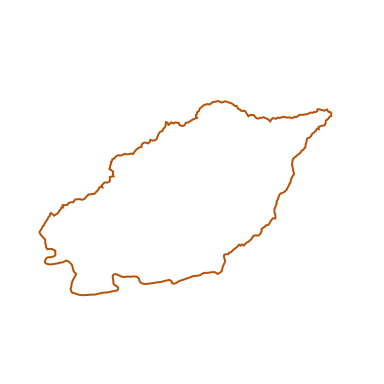 outline of Tapira, Minas Gerais, Brazil, rotated 138°
{"feature_id": "56859067B4018711092229", "entity_name": "Tapira", "entity_type": "district", "adm_level": 2, "iso_a3": "BRA", "parent_name": "Brazil", "parent_adm1": "Minas Gerais", "projection": "mercator", "projection_center": [-46.869, -19.913], "detail": "fine", "context": "isolated", "style": "outline", "palette": "amber", "viewbox_px": 384, "rotation_deg": 138, "n_neighbors": 0, "source": "geoboundaries", "source_scale": "gbopen_adm2", "svg_char_len": 5327}
<svg xmlns="http://www.w3.org/2000/svg" viewBox="0 0 384 384"><g transform="rotate(138 192 192)"><path d="M96.3,148.1L93.6,149.2L91.3,148.8L89.2,149.0L86.6,148.6L84.4,148.8L82.9,149.4L81.4,148.9L79.6,149.2L77.6,149.5L75.8,151.2L73.8,152.3L72.4,153.5L70.7,154.7L68.6,153.9L66.3,153.8L64.2,154.7L61.2,154.6L59.0,154.7L57.2,155.3L55.7,153.8L54.7,155.6L53.0,155.1L50.9,154.2L48.9,152.8L46.5,153.9L44.7,155.6L42.9,155.2L41.0,155.4L39.6,155.9L37.8,155.3L36.2,156.8L35.5,158.4L37.0,160.3L36.4,162.9L39.1,163.7L40.5,165.8L41.9,168.0L43.2,169.5L44.6,168.4L46.6,168.6L48.0,169.9L49.6,170.2L50.9,171.9L53.6,172.4L55.6,173.7L57.8,175.0L59.3,176.4L60.5,177.5L62.6,177.6L64.6,178.0L65.4,179.3L67.1,179.5L68.8,180.4L69.6,182.3L71.1,183.3L72.5,184.9L73.6,186.6L75.7,187.7L77.4,188.4L78.5,190.0L80.8,190.3L82.3,192.8L84.4,192.8L86.6,192.1L86.8,194.9L87.7,197.3L88.8,199.8L90.5,200.4L91.7,201.6L93.5,202.1L94.7,203.5L94.7,205.8L94.6,207.8L95.9,209.1L97.5,210.4L99.4,210.5L99.0,213.1L98.5,215.5L98.5,217.3L100.1,218.2L101.2,219.6L101.1,221.2L102.0,222.6L101.7,224.4L101.3,226.0L102.7,227.6L102.8,229.4L103.4,231.8L104.7,233.7L105.7,235.7L106.7,237.3L108.6,237.9L110.2,238.7L110.9,240.5L111.8,242.2L114.2,243.4L116.2,244.9L118.2,245.0L120.4,245.3L121.7,247.1L123.3,247.8L125.4,248.7L127.8,248.7L130.1,248.9L132.9,247.5L134.8,247.9L135.9,246.7L137.5,246.7L138.6,245.4L138.5,243.8L140.0,244.2L142.1,245.2L145.1,245.7L148.2,246.2L150.3,247.5L152.1,246.9L153.8,246.7L155.2,247.8L156.6,250.1L155.6,252.1L156.6,253.3L157.9,254.9L160.1,255.5L160.8,257.6L163.0,257.4L164.6,257.7L163.7,259.8L164.6,261.3L165.9,260.2L167.2,259.1L168.9,258.2L170.8,258.2L173.2,257.1L175.1,258.0L177.2,257.8L179.1,256.9L180.8,256.1L182.5,255.1L184.7,255.1L186.6,256.2L188.0,258.6L189.9,257.5L192.2,257.5L193.2,259.6L194.8,260.9L197.5,261.0L199.5,259.2L201.5,260.4L204.7,260.7L206.8,260.6L208.7,260.1L210.5,259.6L211.4,261.3L213.3,262.2L215.4,263.7L216.8,265.6L219.2,266.1L221.1,267.2L221.9,268.5L224.0,269.2L225.9,269.3L227.6,268.9L229.2,269.7L230.5,268.6L232.2,268.6L232.9,267.2L235.0,266.5L236.4,265.1L238.0,264.4L237.4,262.4L237.0,259.8L238.9,258.2L239.8,256.1L241.4,257.2L242.9,258.1L244.4,256.6L245.7,255.1L247.4,255.1L249.1,256.1L250.6,257.6L252.6,257.5L254.5,257.3L255.5,255.4L256.5,257.2L258.3,257.2L260.4,256.3L262.2,256.2L263.9,256.1L265.9,256.0L267.7,257.4L269.2,258.2L270.3,259.4L272.2,259.3L274.2,259.1L276.4,258.8L279.0,259.8L279.9,261.6L281.7,263.1L284.0,264.6L285.7,264.3L287.1,263.8L288.8,265.3L291.0,266.4L293.1,265.8L295.1,267.2L296.9,268.8L298.1,266.7L299.3,267.9L301.2,267.0L303.2,266.7L305.9,266.0L308.6,266.5L310.3,266.7L310.5,268.6L310.8,270.7L312.4,270.5L313.6,269.5L315.4,269.4L317.3,268.6L319.0,268.1L320.5,267.8L322.2,267.4L324.0,266.5L325.8,266.4L327.5,265.7L329.7,265.0L332.2,264.3L332.9,262.2L333.0,259.8L333.0,257.4L333.0,254.7L334.2,253.5L335.2,252.2L336.0,250.6L337.4,248.6L337.7,246.1L335.6,244.8L334.4,243.4L333.6,242.0L332.9,239.8L334.4,238.2L335.3,236.8L337.0,236.4L339.0,237.2L340.8,238.2L342.2,239.5L343.7,240.2L345.5,240.0L347.7,239.0L348.5,237.3L347.7,235.3L346.2,233.4L344.1,231.7L341.3,230.0L339.6,228.8L337.6,228.0L336.1,226.8L334.0,225.8L331.4,225.3L330.3,223.1L330.0,221.1L329.9,218.7L330.7,216.6L331.7,214.8L332.7,213.1L333.1,211.0L332.8,208.8L334.6,207.8L336.2,207.3L337.9,206.7L339.6,206.1L341.4,205.3L343.1,204.1L345.2,202.3L347.3,201.0L348.1,199.0L348.4,197.2L347.2,195.7L346.5,194.2L344.9,191.5L343.3,189.5L341.8,188.0L340.1,186.7L338.6,185.4L337.1,184.4L335.1,182.8L333.6,181.4L332.3,180.4L330.4,179.5L328.8,178.5L327.4,177.8L325.3,176.6L323.5,175.1L321.4,173.5L319.4,172.4L317.5,171.4L315.4,170.1L313.9,169.0L312.1,169.1L310.9,170.2L310.9,172.4L311.7,174.4L311.8,176.3L310.3,178.1L308.9,180.1L307.9,181.8L306.7,182.9L304.7,183.0L302.9,181.0L302.0,178.7L301.2,176.7L300.0,174.9L298.6,173.7L296.5,172.3L294.3,170.1L292.0,168.5L290.6,167.0L289.4,165.2L289.5,163.0L290.6,160.9L290.7,158.7L289.9,156.8L288.4,155.1L286.9,153.7L285.3,152.8L283.6,151.5L281.7,150.3L280.2,149.3L278.4,148.2L277.0,147.2L275.6,146.1L273.8,145.2L271.6,144.1L269.5,142.9L267.5,141.7L266.9,139.5L267.8,137.2L266.6,135.9L265.0,135.0L263.2,134.8L260.9,134.3L258.9,133.4L256.2,132.2L253.6,131.2L251.5,130.2L249.5,129.5L247.3,128.7L245.3,127.2L243.4,125.7L241.7,124.8L240.0,124.6L238.5,124.3L236.6,123.4L234.8,121.7L233.0,120.5L230.8,119.0L228.9,117.5L228.2,115.8L227.8,113.9L226.1,113.6L224.5,113.3L222.9,113.4L221.3,114.2L219.8,115.5L217.3,116.7L215.3,117.5L213.7,118.4L212.7,120.4L211.4,122.6L210.1,123.8L208.4,123.0L206.6,121.5L204.8,122.1L203.3,121.1L200.5,121.4L198.3,121.3L196.4,121.1L194.4,121.1L192.4,121.4L191.9,119.8L189.9,119.6L189.5,117.7L187.9,117.6L185.8,117.9L183.2,117.3L180.9,117.2L178.7,117.4L175.9,118.3L173.8,117.3L172.6,115.8L171.0,115.0L169.4,115.3L167.8,115.7L166.3,116.4L165.2,117.9L163.5,117.9L161.4,117.5L159.1,117.7L157.7,116.6L155.6,116.7L153.7,117.5L151.6,118.1L149.3,118.2L147.8,116.6L146.5,117.7L145.1,119.6L144.6,121.4L143.4,122.8L142.1,124.3L140.3,124.9L138.7,126.0L137.0,126.5L135.6,128.2L134.2,128.8L132.5,129.3L131.0,130.4L129.4,131.2L127.2,131.6L125.4,130.8L122.9,130.2L120.1,130.4L117.8,131.4L115.7,131.9L114.2,132.8L112.3,133.2L111.2,134.3L109.8,135.2L108.1,135.9L106.5,136.5L104.2,137.0L103.0,139.1L102.0,140.9L101.0,142.4L99.7,145.1L98.1,146.5L96.3,148.1Z" fill="none" stroke="#b45309" stroke-width="2"/></g></svg>